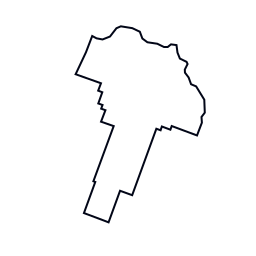 outline of Garfield, Washington, United States of America, rotated 20°
{"feature_id": "52423323B83834618329235", "entity_name": "Garfield", "entity_type": "district", "adm_level": 2, "iso_a3": "USA", "parent_name": "United States of America", "parent_adm1": "Washington", "projection": "natural_earth1", "projection_center": [-117.541, 46.35], "detail": "fine", "context": "isolated", "style": "outline", "palette": "ink", "viewbox_px": 256, "rotation_deg": 20, "n_neighbors": 0, "source": "geoboundaries", "source_scale": "gbopen_adm2", "svg_char_len": 767}
<svg xmlns="http://www.w3.org/2000/svg" viewBox="0 0 256 256"><g transform="rotate(20 128 128)"><path d="M115.7,223.0L115.8,223.0L136.7,223.2L142.0,223.3L142.0,189.7L154.9,189.7L154.9,119.0L159.4,119.0L159.3,115.0L168.4,115.1L168.4,111.2L195.4,111.4L195.6,97.7L193.3,92.5L194.9,87.3L190.0,75.3L177.8,65.6L172.3,65.3L167.7,59.8L162.6,56.5L161.4,53.7L162.1,47.5L160.4,45.8L153.0,45.0L148.7,40.2L145.2,33.5L139.8,34.7L137.6,38.3L134.1,39.6L126.7,38.8L116.9,40.8L110.9,39.0L106.2,33.5L97.9,32.7L86.5,34.9L83.0,38.2L79.8,48.2L73.8,53.5L67.8,54.5L62.9,53.8L62.6,71.2L60.4,95.4L87.3,95.2L87.2,103.1L91.6,103.2L91.7,115.1L96.2,115.1L96.2,119.0L100.7,119.0L100.5,131.3L113.9,131.1L113.7,189.9L115.7,189.9L115.7,223.0Z" fill="none" stroke="#020617" stroke-width="2"/></g></svg>